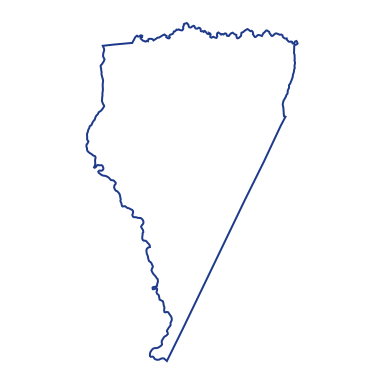 the district of Nova Andradina, Mato Grosso do Sul, Brazil
{"feature_id": "56859067B45875035456952", "entity_name": "Nova Andradina", "entity_type": "district", "adm_level": 2, "iso_a3": "BRA", "parent_name": "Brazil", "parent_adm1": "Mato Grosso do Sul", "projection": "natural_earth1", "projection_center": [-53.469, -22.068], "detail": "fine", "context": "isolated", "style": "outline", "palette": "blue", "viewbox_px": 384, "rotation_deg": 0, "n_neighbors": 0, "source": "geoboundaries", "source_scale": "gbopen_adm2", "svg_char_len": 5822}
<svg xmlns="http://www.w3.org/2000/svg" viewBox="0 0 384 384"><path d="M285.5,116.7L284.1,116.3L283.9,115.3L283.4,108.2L283.1,106.4L282.7,104.5L282.9,103.3L283.6,100.5L284.4,99.3L285.9,96.6L286.2,95.5L286.7,94.6L287.5,93.6L287.7,92.1L287.7,90.7L288.9,88.1L289.1,86.9L289.0,85.1L289.9,84.0L290.4,83.2L290.7,82.1L291.2,81.1L292.7,77.1L292.8,75.4L293.7,72.5L294.0,71.2L294.1,69.8L294.5,68.7L294.8,67.7L294.5,66.8L294.5,65.8L295.0,63.3L294.9,62.0L294.5,60.4L294.7,59.4L294.6,55.5L294.5,54.5L294.1,53.5L294.0,52.6L294.1,51.0L294.1,49.6L294.2,48.6L294.2,45.9L295.3,44.7L296.5,44.5L297.6,43.6L297.1,42.0L296.4,41.0L295.1,41.5L294.5,42.5L293.9,43.7L292.5,43.4L292.1,41.9L291.1,41.5L290.0,41.8L289.2,41.8L288.0,40.9L287.0,39.8L286.7,38.4L285.3,38.6L283.9,37.9L282.8,36.9L282.5,35.3L281.6,34.6L279.4,34.7L278.6,34.2L277.6,33.9L276.8,33.5L275.9,33.4L274.9,33.8L272.9,35.7L271.9,36.0L271.2,35.5L270.6,34.5L269.6,33.3L269.2,31.9L267.1,30.5L266.2,30.5L264.4,32.4L263.3,33.3L261.9,36.0L260.4,35.4L258.9,35.0L257.8,35.2L257.1,35.6L256.5,36.3L255.5,37.0L254.7,36.9L254.1,36.1L253.7,35.2L252.9,34.3L253.1,33.2L252.6,31.6L251.6,30.8L250.8,31.2L250.0,30.9L248.3,29.5L247.3,29.1L246.5,29.6L245.3,30.3L244.1,31.2L243.3,32.0L242.5,32.4L241.5,32.7L241.0,35.9L239.1,37.7L238.2,38.2L237.3,38.3L236.6,37.1L236.4,35.9L236.3,34.9L235.1,34.5L233.3,33.2L232.5,32.7L231.3,33.2L229.7,34.6L229.2,35.7L228.3,36.0L227.1,35.8L226.3,33.9L225.6,33.4L224.5,33.6L223.6,34.5L222.3,34.0L221.2,34.6L220.6,33.8L219.4,33.4L218.5,32.5L217.6,32.8L217.1,33.8L216.9,35.1L217.3,36.2L216.5,37.9L215.3,37.7L213.5,36.8L212.8,37.0L211.6,37.7L210.3,37.1L210.3,35.9L210.6,34.7L210.3,33.6L209.3,33.1L209.6,34.0L208.5,34.1L207.4,33.8L206.6,33.0L205.5,31.6L204.8,31.0L203.7,31.9L203.0,31.1L201.8,31.4L200.9,31.1L200.6,30.0L200.6,29.0L199.9,28.1L198.8,27.7L197.6,28.5L196.3,28.7L195.4,28.3L194.8,27.3L194.5,26.3L193.7,25.8L192.2,26.4L191.3,27.3L190.2,27.5L189.2,27.2L188.6,26.1L188.3,24.6L186.8,23.0L185.9,23.5L184.8,23.6L183.9,24.1L183.8,25.6L183.1,26.8L183.3,28.6L182.9,29.5L182.4,30.2L181.5,30.4L180.2,30.1L178.7,29.4L177.7,29.9L176.6,29.6L175.1,31.3L173.8,31.5L173.4,32.8L172.9,33.7L171.5,34.4L170.2,34.7L169.1,36.2L169.8,37.6L169.0,38.4L167.8,38.2L166.3,37.2L166.6,36.0L165.4,35.3L164.5,34.5L162.5,35.4L159.2,37.5L158.1,37.5L157.1,38.0L155.7,39.0L153.5,40.4L152.7,39.3L151.6,38.9L149.7,38.8L148.6,39.0L148.2,40.0L148.0,41.2L146.9,40.8L145.8,41.6L144.7,41.3L143.8,40.9L142.5,40.4L141.7,39.4L140.7,38.6L140.7,37.0L142.1,37.0L142.2,35.7L140.8,35.3L139.9,35.8L139.2,36.4L138.0,36.6L137.0,35.7L135.8,36.6L134.8,37.9L134.3,39.1L132.8,41.8L132.3,42.9L114.5,44.5L102.8,45.8L103.3,47.0L104.0,48.6L104.2,50.0L103.9,51.3L103.3,53.1L103.2,54.5L103.0,55.9L103.6,57.6L104.5,59.3L103.8,61.3L102.0,64.1L101.3,64.8L100.6,65.8L100.8,67.4L101.1,68.4L101.3,70.8L101.6,72.1L101.5,74.7L102.0,76.0L102.3,77.5L102.7,78.7L103.0,80.0L103.1,81.3L102.7,83.9L102.7,85.7L102.9,89.5L102.7,91.7L102.4,93.5L102.4,94.8L102.5,95.8L102.1,97.6L102.2,98.6L102.0,99.6L101.9,100.9L103.0,103.9L103.7,104.9L104.2,106.2L102.8,108.5L101.8,109.8L101.0,110.7L98.7,112.3L98.0,113.8L97.3,114.8L96.5,115.4L95.6,116.9L95.1,118.3L94.8,119.6L94.1,120.2L93.3,121.3L92.6,122.4L91.3,125.3L90.3,125.7L89.6,126.5L89.4,127.7L88.3,129.7L87.7,132.3L87.1,133.6L87.0,134.7L87.2,136.8L87.1,138.4L87.2,139.7L88.4,141.4L87.4,143.7L86.6,144.4L86.4,146.6L87.0,148.3L87.0,149.6L87.5,150.9L88.3,151.9L89.4,152.7L90.1,153.3L91.5,154.0L92.5,154.9L93.2,155.5L94.9,156.1L95.6,157.3L95.4,158.5L95.1,160.1L95.1,161.3L95.3,163.8L94.9,165.5L94.0,167.4L94.7,167.8L95.9,167.0L96.8,165.5L97.9,165.0L99.2,165.3L101.7,165.2L102.6,166.0L103.4,168.1L103.3,169.1L102.6,170.2L101.7,170.7L99.3,170.6L98.3,171.5L98.6,172.7L100.1,173.9L101.2,174.7L102.3,175.3L103.2,175.6L105.5,175.9L107.9,177.0L109.1,178.0L110.9,180.0L111.8,180.2L113.2,180.3L114.1,180.9L115.1,182.0L115.8,183.0L115.5,184.2L114.5,185.2L114.1,187.2L114.5,188.6L115.0,189.6L116.0,190.8L117.4,191.4L119.3,193.6L119.8,194.8L120.7,199.2L120.4,201.1L121.4,203.3L121.9,205.8L122.6,206.5L123.8,206.3L125.1,206.2L127.1,207.8L127.9,208.1L128.7,208.2L132.3,210.0L132.9,210.9L133.1,212.0L132.8,213.7L132.3,214.9L132.8,216.4L133.5,217.1L134.5,217.2L135.8,217.2L138.2,217.9L140.5,218.0L141.3,218.4L142.2,219.2L143.1,220.5L143.4,221.6L143.4,223.0L142.8,224.3L141.8,225.3L141.1,226.8L141.8,228.3L142.8,229.7L143.2,230.9L143.3,232.2L142.6,233.2L142.6,234.7L142.3,236.7L142.2,238.1L142.4,239.0L142.8,240.0L143.9,240.7L145.3,240.7L146.4,241.3L147.8,243.0L149.3,244.6L149.8,245.6L149.9,247.1L148.5,247.4L147.1,248.5L146.5,249.7L146.4,250.6L146.7,253.3L147.9,256.4L148.1,257.4L148.2,258.4L148.5,259.5L148.9,260.7L149.5,261.5L150.3,261.9L151.0,262.6L151.6,263.5L152.0,264.6L152.7,265.8L152.8,267.1L151.9,268.7L151.5,270.4L152.0,271.7L153.3,273.9L155.6,276.4L156.8,278.3L157.7,279.2L157.9,280.8L157.9,281.9L157.1,284.2L157.1,285.8L155.1,286.9L154.1,286.9L153.1,287.1L152.5,287.8L152.8,289.2L154.2,289.2L155.1,288.8L155.8,288.1L156.6,288.1L157.1,288.9L157.1,290.3L156.7,291.2L156.5,292.3L157.0,293.6L158.6,295.0L159.0,296.2L159.6,299.6L162.8,301.2L163.4,303.0L163.8,305.8L164.4,307.1L164.3,308.7L164.1,310.4L164.4,312.0L165.3,312.4L166.7,311.9L168.2,312.3L171.3,316.9L171.8,318.9L171.7,320.4L170.6,322.6L170.5,325.5L168.8,327.6L167.0,330.5L167.0,331.5L167.5,332.2L167.8,333.2L167.8,334.1L167.1,334.9L166.1,335.7L164.6,336.6L163.8,337.4L163.3,338.4L162.7,339.2L161.7,341.1L161.7,342.2L161.9,343.3L162.0,344.6L160.9,345.9L158.9,347.2L157.8,347.8L156.8,348.0L154.2,348.2L153.4,348.5L152.5,349.2L151.7,350.1L150.4,352.1L150.0,353.7L149.9,355.0L150.0,356.1L150.7,356.8L152.8,356.6L153.5,357.1L154.7,358.9L155.7,359.4L156.7,359.7L158.0,359.8L159.1,359.6L160.9,358.7L162.7,358.3L163.8,358.4L164.6,359.0L166.9,361.0L183.5,327.4L244.8,200.1L264.0,161.4L280.7,125.8L285.5,116.7Z" fill="none" stroke="#1e3a8a" stroke-width="2"/></svg>